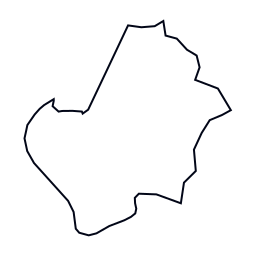 an SVG outline of Leposavić, rotated 265°
{"feature_id": "KOS-5893", "entity_name": "Leposavić", "entity_type": "District", "adm_level": 1, "iso_a3": "XKX", "parent_name": "Kosovo", "parent_adm1": "", "projection": "albers", "projection_center": [20.786, 43.117], "detail": "fine", "context": "isolated", "style": "outline", "palette": "ink", "viewbox_px": 256, "rotation_deg": 265, "n_neighbors": 0, "source": "natural_earth", "source_scale": "10m", "svg_char_len": 760}
<svg xmlns="http://www.w3.org/2000/svg" viewBox="0 0 256 256"><g transform="rotate(265 128 128)"><path d="M126.7,24.0L134.7,26.5L139.7,28.0L149.6,36.2L154.8,41.7L158.2,46.5L163.2,56.5L161.6,56.4L156.3,54.8L150.4,60.3L150.7,63.9L149.9,74.3L148.4,83.5L146.3,84.1L149.7,89.9L188.1,112.4L230.2,137.0L227.2,150.1L227.1,163.5L231.5,172.5L216.8,173.5L212.8,184.4L200.8,193.6L194.2,202.7L182.2,204.6L170.1,199.1L159.5,221.0L136.8,232.0L132.8,222.9L128.7,210.1L116.7,201.0L100.7,191.8L79.3,191.8L68.7,179.0L48.4,174.1L59.4,150.5L61.6,133.1L57.8,128.7L52.5,128.5L46.9,129.2L42.3,127.8L39.2,123.2L36.4,116.3L32.0,100.9L25.8,87.4L24.5,79.5L27.9,70.3L32.2,67.2L49.1,66.5L60.6,62.0L101.3,31.3L113.8,25.6L126.7,24.0Z" fill="none" stroke="#020617" stroke-width="2"/></g></svg>